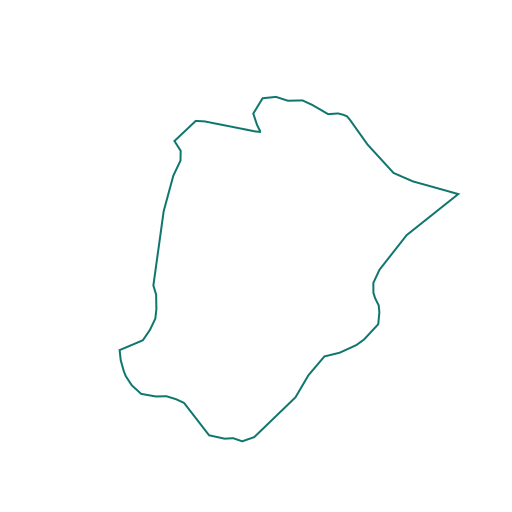 outline of Wien, rotated 311°
{"feature_id": "AUT-2331", "entity_name": "Wien", "entity_type": "State", "adm_level": 1, "iso_a3": "AUT", "parent_name": "Austria", "parent_adm1": "", "projection": "mercator", "projection_center": [16.38, 48.233], "detail": "fine", "context": "isolated", "style": "outline", "palette": "teal", "viewbox_px": 512, "rotation_deg": 311, "n_neighbors": 0, "source": "natural_earth", "source_scale": "10m", "svg_char_len": 898}
<svg xmlns="http://www.w3.org/2000/svg" viewBox="0 0 512 512"><g transform="rotate(311 256 256)"><path d="M289.3,119.0L318.4,121.9L323.8,128.8L349.5,173.7L352.3,177.6L353.0,177.1L355.6,170.8L361.7,160.5L379.4,157.5L389.2,166.7L394.1,178.2L403.9,189.0L406.9,199.3L410.4,217.4L417.5,224.5L420.0,229.6L421.1,233.1L420.4,237.6L413.3,267.0L408.9,305.3L415.2,325.4L435.4,368.0L370.6,356.0L326.7,358.2L312.7,362.2L305.2,368.8L302.3,373.6L299.2,381.0L294.4,386.1L284.7,393.0L263.7,392.3L254.7,390.2L237.9,382.6L225.1,373.5L200.4,373.8L175.3,378.5L118.2,373.5L107.1,367.2L103.5,358.3L97.5,352.1L89.9,338.2L97.9,298.1L95.5,289.7L91.4,280.4L84.3,272.6L76.6,259.8L76.9,247.1L79.9,236.5L82.4,231.7L88.5,222.4L95.5,214.8L118.2,225.9L130.8,224.4L142.7,221.1L150.4,215.8L161.3,206.0L166.4,197.9L229.3,156.9L262.4,140.9L278.5,136.4L286.0,130.1L289.3,119.0Z" fill="none" stroke="#0f766e" stroke-width="2"/></g></svg>